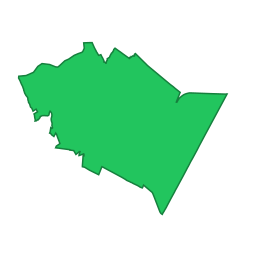 Paulesti, Prahova, Romania (Robinson projection), rotated 263°
{"feature_id": "2599482B85410433594124", "entity_name": "Paulesti", "entity_type": "district", "adm_level": 2, "iso_a3": "ROU", "parent_name": "Romania", "parent_adm1": "Prahova", "projection": "robinson", "projection_center": [25.961, 44.996], "detail": "fine", "context": "isolated", "style": "filled", "palette": "green", "viewbox_px": 256, "rotation_deg": 263, "n_neighbors": 0, "source": "geoboundaries", "source_scale": "gbopen_adm2", "svg_char_len": 5261}
<svg xmlns="http://www.w3.org/2000/svg" viewBox="0 0 256 256"><g transform="rotate(263 128 128)"><path d="M149.7,230.5L149.8,230.1L149.6,229.9L151.9,214.9L153.7,203.6L154.5,198.7L155.1,194.9L155.3,193.6L155.3,192.6L155.1,190.9L155.0,190.2L154.9,189.7L154.6,188.5L154.4,187.8L154.0,186.9L153.7,186.3L153.2,185.4L152.3,184.0L151.7,183.1L151.3,182.6L150.6,181.9L149.8,181.2L148.9,180.6L148.3,180.1L147.6,179.6L147.8,179.1L148.4,179.4L157.0,184.1L161.5,179.7L163.5,177.9L166.3,175.0L184.6,157.8L185.0,157.4L187.7,154.9L189.8,153.3L191.4,152.0L201.0,144.4L200.9,144.2L200.7,143.9L200.4,143.7L200.3,143.4L200.1,143.3L199.9,143.2L199.7,143.1L199.5,143.3L199.4,143.4L199.2,143.4L198.9,143.4L198.7,143.2L198.7,142.9L198.8,142.8L198.9,142.7L198.7,142.4L198.7,142.2L198.8,142.1L198.9,141.9L198.7,141.7L198.7,141.4L198.8,141.3L198.7,141.2L198.6,140.9L198.4,140.3L198.5,139.8L198.4,139.8L198.3,139.7L198.2,139.6L197.9,139.4L197.7,139.4L197.6,139.0L197.7,138.9L197.8,138.8L197.9,138.5L197.9,138.4L197.8,138.2L197.7,138.1L197.3,138.1L197.0,138.0L196.4,138.3L199.8,134.6L202.1,132.1L204.1,130.0L206.7,127.1L208.8,124.9L208.8,124.7L208.5,124.4L208.3,124.1L207.9,123.8L207.6,123.4L206.6,123.1L206.4,122.8L206.0,122.7L205.7,122.5L205.7,122.3L205.1,121.9L205.0,121.7L204.6,121.4L204.4,120.8L204.1,120.5L203.7,120.3L203.4,120.2L202.9,119.7L202.4,119.4L201.5,118.8L200.7,118.4L200.3,118.1L200.1,117.5L199.6,116.5L199.3,116.1L199.1,115.7L198.0,115.8L197.8,115.7L197.5,115.4L197.3,115.2L197.2,115.0L196.8,114.9L196.3,114.5L196.0,114.4L195.9,114.3L195.7,114.4L195.4,114.4L195.1,114.3L195.0,114.2L195.0,113.8L195.1,113.7L195.5,113.6L195.7,113.4L196.0,113.1L196.1,112.9L196.3,112.8L196.3,112.2L196.6,112.1L197.0,112.1L197.6,112.3L199.8,111.6L201.2,111.1L201.5,110.9L204.1,110.0L203.9,109.0L203.6,107.9L203.7,107.7L205.8,106.8L206.9,106.3L207.4,106.0L208.2,105.8L211.8,104.4L217.1,102.8L217.5,99.4L217.9,94.4L212.5,94.3L209.5,92.5L208.7,91.4L207.9,87.7L206.7,83.5L203.6,77.5L202.4,73.5L198.2,67.7L197.0,65.7L197.5,63.6L200.6,57.9L202.4,50.5L200.1,46.0L194.8,41.0L192.5,33.3L192.7,25.9L190.9,25.5L190.7,25.6L189.8,25.9L188.8,26.3L187.8,26.7L187.2,26.8L185.8,27.2L184.1,27.7L182.9,28.2L182.2,28.4L181.0,28.7L179.9,28.9L179.7,29.1L179.3,29.1L178.5,29.1L177.7,29.2L177.1,29.4L176.7,29.5L175.6,29.6L175.3,29.7L174.7,29.9L174.0,30.2L173.1,30.6L172.7,30.7L172.1,31.1L171.7,31.4L170.6,32.0L170.3,32.1L170.0,32.2L168.6,32.1L168.0,32.1L167.2,32.3L166.6,32.4L166.3,32.4L165.7,32.4L165.4,32.4L165.2,32.5L164.4,33.0L164.2,33.1L163.5,33.3L162.4,33.5L160.7,33.8L160.4,34.0L159.7,34.7L159.6,34.8L159.1,35.0L157.1,35.6L156.3,35.8L157.9,39.1L155.1,40.2L153.4,36.4L152.3,36.7L149.7,36.7L147.9,36.9L147.6,36.9L147.2,36.9L146.5,36.7L146.3,36.6L146.3,36.8L146.3,37.3L146.2,37.4L146.2,37.5L146.3,37.8L146.4,38.1L146.5,38.3L146.7,38.6L147.2,39.1L147.3,39.3L147.2,39.4L147.1,39.6L147.0,39.8L147.4,40.2L147.6,40.5L148.1,41.0L148.6,41.5L149.4,42.1L149.9,42.2L150.1,42.4L150.1,42.5L150.2,42.8L150.6,44.0L150.7,44.3L150.7,44.5L150.6,45.2L150.6,45.7L150.6,46.6L150.4,46.9L150.3,47.1L150.3,47.8L150.1,48.7L150.1,48.9L149.9,49.6L149.9,49.8L150.0,50.1L150.2,50.5L150.6,51.1L151.2,51.3L152.2,51.6L152.8,51.8L153.4,52.1L154.2,52.7L153.8,53.0L152.9,53.6L152.5,53.8L152.2,53.9L151.7,54.0L151.3,54.0L150.7,54.1L149.7,54.0L149.3,53.9L148.4,53.6L147.9,53.4L147.4,53.2L147.0,53.0L146.0,52.8L145.3,52.8L144.5,52.8L144.3,52.9L144.2,52.9L143.9,52.9L142.6,53.2L142.3,53.2L141.9,53.2L141.6,53.2L140.3,52.9L139.8,52.8L139.5,52.8L138.8,52.9L138.1,53.0L137.6,53.1L137.3,53.1L137.0,52.7L136.8,52.4L137.2,51.9L137.4,51.7L137.6,51.5L137.7,51.4L133.5,50.2L132.5,49.6L132.2,50.1L132.1,50.3L131.7,50.7L131.4,50.9L130.3,51.6L130.2,51.7L129.9,52.0L129.6,52.4L129.0,53.0L128.6,53.4L131.7,55.6L131.4,55.7L130.8,55.9L130.6,56.1L130.6,56.3L129.2,56.6L128.6,56.7L126.4,57.2L125.0,57.6L124.7,57.6L124.2,57.7L123.5,58.0L123.1,58.0L122.3,58.2L121.3,58.4L121.0,58.5L120.8,58.5L120.3,57.6L119.2,55.5L118.7,54.6L117.8,54.1L117.4,53.9L117.2,53.8L117.2,54.1L116.9,55.3L116.7,55.3L116.7,55.5L116.7,55.8L116.4,56.9L115.8,59.0L114.1,65.6L113.6,67.6L113.2,67.5L112.2,71.4L111.8,71.5L111.4,71.7L110.0,72.3L109.0,72.7L108.1,73.1L108.6,73.9L109.6,75.5L110.2,76.4L110.5,76.7L110.4,77.4L108.3,76.6L106.9,76.0L106.6,76.0L107.7,80.9L107.1,81.0L106.5,81.0L105.7,80.8L105.9,80.1L105.2,79.9L103.0,79.5L96.0,78.1L95.1,78.0L94.4,80.1L90.7,84.8L85.2,93.2L85.7,93.5L91.0,96.4L92.8,97.4L91.2,99.8L90.9,100.1L90.6,100.6L90.3,101.0L90.1,101.3L79.8,115.9L77.0,119.5L76.9,119.6L76.4,120.0L76.0,120.6L75.7,121.1L75.0,122.3L74.6,123.0L73.6,124.4L73.3,125.1L73.1,125.4L72.5,126.1L72.0,126.8L71.7,127.4L70.9,128.6L70.3,129.6L69.2,131.2L68.4,132.2L67.9,132.7L67.8,133.0L67.7,133.2L67.4,133.6L67.1,134.2L66.8,135.0L69.4,136.5L69.0,136.9L65.5,140.1L61.5,143.8L61.1,144.2L60.7,144.3L60.0,144.6L55.9,145.7L41.1,149.4L40.3,149.7L39.9,149.9L39.5,150.1L39.0,150.5L38.7,150.8L38.1,151.5L39.5,152.4L39.9,152.8L40.1,152.9L40.3,153.1L40.9,153.6L41.2,153.8L41.6,154.1L42.0,154.4L42.9,155.0L43.2,155.4L43.4,155.5L43.7,155.7L44.9,156.6L45.7,157.1L52.6,161.9L58.7,166.3L60.4,167.4L62.3,168.8L64.1,170.1L67.1,172.2L73.4,176.7L76.7,179.0L78.7,180.4L81.5,182.3L82.5,183.1L86.8,186.0L90.3,188.6L97.6,193.8L101.9,196.7L112.0,203.8L149.7,230.5Z" fill="#22c55e" stroke="#15803d" stroke-width="1.5"/></g></svg>